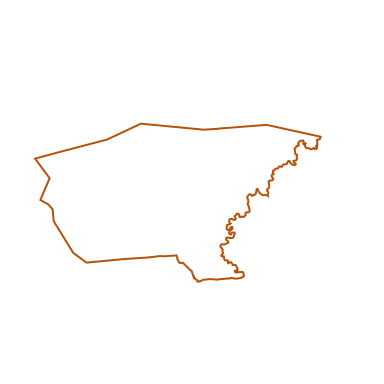 outline of Central Guadalcanal, Guadalcanal, Solomon Islands, rotated 154°
{"feature_id": "97153195B29965366735238", "entity_name": "Central Guadalcanal", "entity_type": "district", "adm_level": 2, "iso_a3": "SLB", "parent_name": "Solomon Islands", "parent_adm1": "Guadalcanal", "projection": "orthographic", "projection_center": [159.997, -9.568], "detail": "fine", "context": "isolated", "style": "outline", "palette": "amber", "viewbox_px": 384, "rotation_deg": 154, "n_neighbors": 0, "source": "geoboundaries", "source_scale": "gbopen_adm2", "svg_char_len": 5876}
<svg xmlns="http://www.w3.org/2000/svg" viewBox="0 0 384 384"><g transform="rotate(154 192 192)"><path d="M52.2,185.3L95.6,219.7L140.2,237.3L140.7,237.3L154.2,242.9L208.0,275.8L235.5,276.2L245.4,276.4L295.6,286.4L318.4,290.8L313.9,266.8L331.8,251.3L326.5,243.7L324.9,237.5L329.1,226.2L327.6,211.8L326.8,203.0L325.4,189.3L317.8,174.8L281.7,161.2L260.9,152.7L248.5,148.3L245.8,146.7L242.7,145.4L233.7,141.8L233.9,140.5L234.1,138.8L234.6,137.9L234.4,136.1L234.7,135.1L233.8,133.3L231.6,132.6L231.2,132.2L227.0,120.7L227.9,114.3L227.4,114.6L227.3,112.8L226.2,110.8L226.2,110.6L226.0,110.3L225.9,110.1L226.0,110.0L225.7,109.7L225.6,109.3L225.7,109.0L225.9,108.9L225.7,108.8L225.2,108.6L224.8,108.4L224.8,108.5L224.5,108.4L224.4,108.3L224.0,108.2L222.1,108.3L221.7,108.3L221.1,108.2L220.6,108.2L220.1,108.1L219.7,107.9L218.3,107.4L217.6,107.1L217.1,107.0L215.9,106.5L214.3,106.0L213.5,105.5L212.0,104.7L211.5,104.3L211.1,104.1L210.7,103.9L210.2,103.7L209.1,103.1L208.9,102.9L208.7,102.6L208.4,102.5L207.7,102.3L207.7,102.2L206.7,101.9L206.4,101.8L205.0,101.3L204.7,101.2L204.1,101.0L203.1,100.7L202.0,100.2L201.8,100.0L201.4,99.9L200.8,99.7L199.5,99.3L198.5,98.9L198.0,98.6L197.9,98.5L197.5,98.4L197.4,98.4L196.8,98.2L196.7,98.0L196.4,98.0L196.2,97.8L194.9,97.6L194.5,97.5L193.6,97.1L192.9,96.5L191.6,95.5L191.4,95.4L191.1,95.2L190.4,94.8L190.2,94.8L190.0,94.7L189.9,94.6L188.9,94.3L188.8,94.2L187.5,93.9L187.0,93.7L185.1,93.4L184.9,93.3L184.6,93.2L183.7,93.4L183.1,93.5L182.6,93.6L182.4,93.6L181.9,93.9L182.0,94.4L181.3,96.8L181.5,97.9L185.1,99.5L187.9,100.4L188.3,101.0L188.4,101.7L188.0,102.2L187.6,102.3L186.6,102.1L185.7,101.8L185.2,102.0L184.8,102.3L184.7,102.8L184.6,103.6L184.8,105.7L184.7,107.1L187.0,108.3L187.4,108.4L187.3,110.0L187.5,110.9L187.9,112.0L190.6,112.0L190.8,112.2L190.7,112.6L190.4,113.1L190.0,113.2L189.8,113.3L189.8,113.5L189.9,114.4L190.0,115.0L190.4,115.1L192.1,116.0L192.4,116.8L192.4,117.5L192.2,118.4L191.9,119.4L191.6,120.1L191.6,120.3L192.7,120.7L193.5,121.4L193.7,121.9L193.0,122.5L192.1,122.8L190.9,123.3L190.8,123.7L190.9,124.7L190.6,125.4L190.2,126.0L189.7,127.0L189.8,128.1L190.2,129.1L190.2,129.6L190.5,130.2L190.4,130.8L189.8,131.5L188.0,132.0L187.5,131.5L187.1,131.4L186.6,131.1L185.9,130.7L185.0,130.6L184.3,130.6L183.0,130.7L182.5,130.6L182.3,130.5L182.0,130.4L181.7,130.5L181.4,130.8L181.3,131.4L181.3,131.9L181.4,132.3L181.6,132.7L181.8,133.3L182.1,133.7L182.1,134.2L181.9,135.0L181.8,135.4L181.7,135.5L181.4,135.7L180.9,135.7L180.4,135.7L179.8,135.5L179.5,135.3L179.3,135.1L179.1,134.9L178.9,134.6L178.8,134.4L178.4,134.2L178.1,134.0L177.9,134.0L177.4,133.8L177.2,133.6L176.3,133.2L175.5,132.9L174.9,133.2L174.6,133.3L173.8,133.8L173.6,134.2L173.4,134.4L173.3,134.5L173.1,134.7L173.0,134.9L172.4,135.3L172.2,135.8L172.0,136.0L171.7,136.0L171.6,136.4L171.7,136.6L172.0,137.1L172.6,137.5L173.6,137.9L173.9,137.9L174.1,137.9L174.3,137.8L174.8,137.4L174.9,137.2L175.1,137.0L175.4,136.8L175.8,136.7L176.0,136.8L176.4,137.2L176.6,137.9L176.6,138.2L176.8,138.5L176.7,139.0L176.2,139.7L175.5,140.2L175.3,140.3L175.0,140.4L174.5,140.5L174.2,140.6L173.6,140.7L172.5,141.1L172.2,141.1L171.7,141.4L171.6,141.6L171.3,141.8L171.3,143.0L172.0,143.3L172.8,143.1L173.6,142.8L174.0,142.4L174.7,142.0L175.8,142.0L176.5,142.3L176.8,142.7L177.1,143.3L176.9,144.1L176.4,144.8L175.8,145.6L175.4,146.1L175.1,146.8L174.5,146.9L173.7,146.8L172.6,146.4L172.2,146.5L172.0,146.4L171.1,146.7L171.4,147.2L171.6,147.3L171.7,147.6L171.7,148.2L171.3,149.7L170.8,150.5L170.4,150.6L169.9,151.0L169.6,151.0L169.4,150.7L168.8,150.6L168.2,150.6L167.5,149.7L166.9,148.7L166.4,148.5L165.6,148.4L165.2,148.2L164.5,148.5L164.5,149.2L164.5,151.0L164.3,151.6L163.9,151.7L163.2,151.8L161.8,152.3L161.4,152.8L161.0,152.8L160.6,152.7L159.6,151.5L160.2,149.1L160.0,148.5L159.6,148.1L159.0,148.2L158.5,148.4L158.0,148.1L157.7,147.7L157.3,147.2L156.4,147.0L155.0,147.3L154.2,147.5L153.7,148.4L153.2,149.6L152.2,149.8L151.1,149.5L150.2,149.0L149.3,149.0L148.6,149.4L148.2,150.5L147.8,151.9L147.3,154.4L147.2,156.3L147.2,156.8L147.1,157.2L146.7,157.5L145.9,157.8L145.6,158.4L145.3,159.1L145.1,160.2L144.9,160.7L144.9,161.4L144.9,162.2L144.7,163.0L144.1,163.5L142.8,164.3L141.8,164.7L140.9,164.6L140.4,164.3L140.0,163.5L140.0,162.7L139.7,162.1L139.1,162.1L138.5,162.3L137.8,162.0L137.2,162.1L136.7,162.2L135.8,162.3L135.0,162.9L134.3,163.8L134.0,164.3L133.7,164.9L133.0,165.7L132.4,166.2L131.9,166.0L131.7,165.2L131.8,163.7L131.8,162.2L131.1,160.4L130.5,159.1L129.4,157.8L128.4,157.5L127.3,157.2L125.9,155.9L125.6,155.4L125.5,156.0L124.6,156.8L123.6,158.0L123.5,158.9L124.0,159.8L123.8,161.1L122.1,161.5L120.4,162.7L119.5,164.7L119.2,166.0L118.9,166.8L118.3,167.9L117.9,168.2L117.5,168.1L114.8,167.5L113.9,167.5L113.4,167.7L113.0,168.7L113.5,170.1L113.4,171.6L112.4,172.5L110.8,172.2L110.5,172.7L110.7,173.6L110.7,174.5L109.7,175.6L109.0,175.3L107.1,176.2L106.5,176.3L104.6,175.5L103.9,175.8L103.5,176.4L102.8,176.5L101.7,176.6L101.0,175.6L99.9,175.4L99.2,175.8L98.6,176.5L97.7,176.6L95.2,175.6L94.5,175.7L93.7,176.5L92.9,176.8L92.1,177.5L91.3,177.5L90.7,176.8L90.8,174.8L89.8,172.6L87.7,171.0L86.8,171.3L86.4,171.9L87.3,173.8L87.5,174.7L87.3,175.4L86.5,175.4L85.7,175.0L84.4,174.8L82.8,175.9L82.8,177.0L82.4,177.9L81.3,179.1L81.4,179.7L82.2,180.4L82.4,180.8L80.9,185.9L80.4,186.2L78.7,186.7L78.2,187.3L77.3,187.4L76.2,186.9L75.7,186.9L75.4,187.7L75.4,188.8L75.1,189.4L73.2,190.4L72.4,190.3L70.2,189.9L69.5,189.5L69.4,188.8L69.8,188.0L70.8,186.6L70.8,186.3L68.9,186.2L68.6,185.7L69.6,185.1L70.2,184.5L70.4,183.8L70.1,182.6L70.1,181.7L70.1,181.3L67.7,180.2L67.3,179.3L66.4,178.2L65.7,178.0L63.7,178.3L63.4,178.2L63.1,177.2L62.7,176.5L62.1,176.3L61.2,176.2L60.3,176.8L59.9,177.6L60.7,178.2L60.2,179.1L59.4,178.9L58.6,179.1L58.4,179.9L57.9,181.0L57.7,181.8L56.9,183.7L56.4,184.2L55.8,184.0L54.4,183.5L53.3,183.9L53.1,184.6L52.2,185.3Z" fill="none" stroke="#b45309" stroke-width="2"/></g></svg>